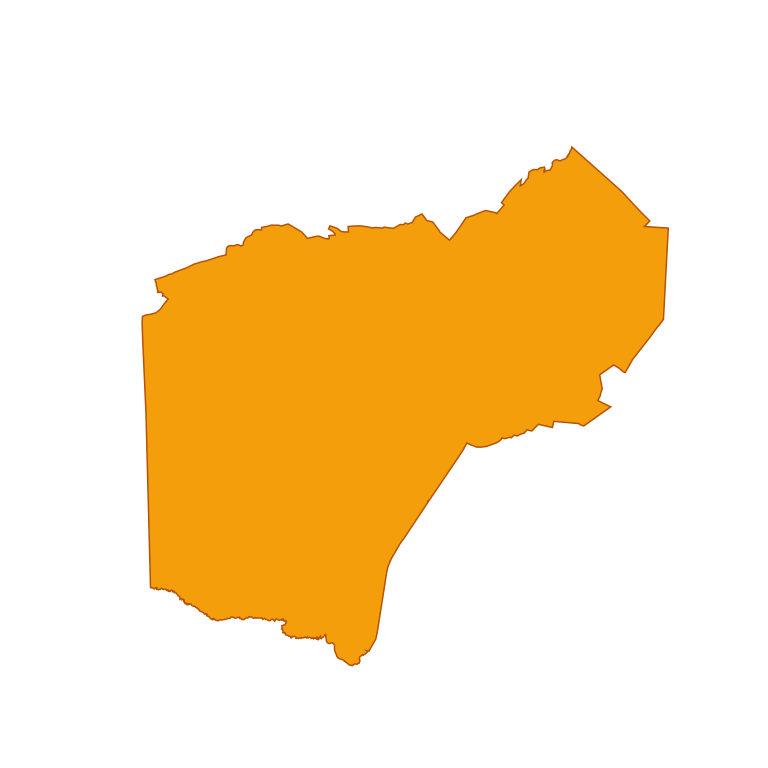 the district of Ādažu pag., Ādaži, Latvia, rotated 196°
{"feature_id": "27541924B55238306547203", "entity_name": "Ādažu pag.", "entity_type": "district", "adm_level": 2, "iso_a3": "LVA", "parent_name": "Latvia", "parent_adm1": "Ādaži", "projection": "albers", "projection_center": [24.403, 57.108], "detail": "fine", "context": "isolated", "style": "filled", "palette": "amber", "viewbox_px": 768, "rotation_deg": 196, "n_neighbors": 0, "source": "geoboundaries", "source_scale": "gbopen_adm2", "svg_char_len": 6147}
<svg xmlns="http://www.w3.org/2000/svg" viewBox="0 0 768 768"><g transform="rotate(196 384 384)"><path d="M634.8,382.4L633.6,376.9L628.6,361.3L605.2,291.7L552.3,123.9L550.5,124.3L548.3,123.7L547.8,124.0L547.8,124.9L546.6,125.7L545.9,125.3L546.1,124.4L545.9,123.9L545.1,124.2L544.1,124.0L543.5,124.7L542.4,125.0L541.8,126.1L541.0,126.2L540.5,125.7L539.9,126.0L538.8,125.8L537.8,126.5L535.6,125.6L535.4,125.7L535.4,126.5L534.8,126.6L534.2,126.3L534.0,125.4L533.4,125.8L533.0,125.4L532.1,126.1L531.7,127.3L530.5,127.3L530.1,126.9L530.1,126.1L528.5,126.9L528.1,126.5L528.4,125.9L528.2,125.6L526.4,125.9L525.4,125.1L524.3,124.6L523.7,123.7L522.1,123.6L520.9,121.9L521.1,120.9L520.8,120.6L520.4,121.3L519.6,121.8L519.0,121.6L518.7,120.9L518.0,121.8L517.5,121.8L517.1,120.9L516.7,121.2L516.4,121.0L516.2,120.5L516.5,119.8L515.9,119.5L515.7,119.0L514.7,119.1L514.6,118.8L514.8,118.4L514.6,118.0L513.8,118.3L513.0,117.8L512.9,118.5L512.6,118.8L511.6,117.8L511.4,118.6L511.1,118.9L510.0,118.7L509.6,119.3L509.0,119.3L507.7,118.1L505.4,117.8L504.4,118.1L503.4,117.4L502.5,117.6L501.7,116.7L501.1,117.0L500.5,116.8L500.0,115.9L499.0,115.6L498.4,114.9L494.7,114.6L493.2,113.3L492.5,113.4L491.9,114.2L491.3,114.3L490.6,113.7L490.6,113.3L490.8,112.9L490.6,112.4L487.8,112.0L486.3,110.8L483.6,110.1L483.5,110.3L483.9,111.1L483.3,111.6L482.8,111.1L481.8,111.3L481.2,110.7L480.0,110.5L477.9,110.8L477.2,111.9L474.1,112.7L473.1,113.5L471.6,114.0L469.5,115.6L467.9,115.9L467.4,116.4L467.0,117.5L465.5,118.3L462.5,117.8L461.6,118.5L460.9,118.6L460.4,119.4L459.2,119.4L458.6,120.0L458.2,119.7L458.0,118.9L456.9,119.0L455.7,118.4L455.2,118.9L454.2,118.6L453.4,119.3L452.4,121.0L450.3,121.6L449.9,123.0L448.7,122.9L448.3,123.6L447.0,123.6L445.1,122.7L444.4,123.1L443.7,124.0L442.4,123.5L441.7,124.2L440.4,124.3L439.8,124.8L438.5,124.8L437.0,125.4L436.4,125.3L435.9,124.4L435.4,124.4L434.7,125.5L434.3,125.7L432.9,125.2L431.9,125.4L429.8,124.7L428.1,125.2L427.5,126.5L426.1,127.3L423.8,125.8L423.5,126.1L423.5,127.6L423.0,128.4L422.4,128.6L420.7,128.0L419.0,128.2L418.6,128.9L416.8,128.8L416.6,129.0L417.0,129.9L416.4,130.5L415.7,130.0L415.3,129.0L414.8,128.6L414.1,128.6L413.4,129.6L412.2,128.8L412.2,128.4L412.6,127.6L412.4,126.9L412.8,126.1L412.9,125.0L414.4,124.6L414.7,123.8L415.6,123.3L414.9,121.8L415.0,120.3L414.0,120.4L413.5,119.4L412.7,118.6L412.6,118.2L412.9,117.5L412.8,117.0L412.2,116.9L410.9,117.7L410.1,117.1L410.0,116.1L409.6,115.8L407.3,115.9L406.2,115.4L404.1,115.7L403.6,115.2L403.6,114.3L403.3,114.2L403.1,114.7L402.6,114.9L402.3,115.9L400.9,116.6L399.6,116.7L398.4,116.1L398.7,115.5L398.6,115.2L397.7,115.4L397.2,115.9L396.1,115.8L395.5,116.8L393.8,116.5L393.5,117.5L392.6,117.4L390.9,118.1L390.7,118.8L390.3,119.0L390.1,118.6L388.8,119.1L388.1,118.5L387.2,119.1L387.4,119.7L386.5,119.4L385.6,120.0L384.5,120.0L384.0,119.2L382.9,120.1L381.8,119.7L381.9,120.3L381.7,120.7L380.6,120.3L380.1,120.4L380.2,120.7L379.2,121.0L379.0,121.9L378.8,122.1L377.7,121.9L378.4,120.7L378.2,120.1L376.9,120.4L376.5,120.2L376.3,120.6L376.7,122.0L375.9,123.3L375.7,124.2L375.3,123.8L375.2,122.4L374.2,121.8L372.0,125.2L371.4,127.0L371.0,127.2L370.7,125.6L370.0,124.5L368.4,120.8L367.5,119.9L366.0,119.4L365.0,119.4L362.8,120.9L360.5,120.3L359.4,118.7L358.7,115.9L357.8,114.0L354.1,109.1L353.0,108.2L350.9,107.6L347.4,107.5L346.1,107.1L345.7,106.5L345.1,106.6L340.1,104.5L337.1,104.4L337.1,104.9L336.1,105.3L335.4,106.6L333.6,107.2L332.5,107.1L331.8,108.6L331.0,108.8L330.8,111.2L331.7,112.5L332.0,113.9L332.0,115.2L330.0,117.8L329.0,117.5L328.7,118.3L327.6,119.3L326.1,121.9L327.7,122.9L324.9,122.9L321.6,136.6L321.9,142.3L329.5,203.6L329.8,208.4L329.6,211.7L328.8,218.1L324.7,234.3L323.4,238.3L322.8,239.5L321.5,243.5L309.0,283.0L309.6,283.0L309.3,284.1L308.7,283.9L291.6,336.4L289.5,343.5L288.1,350.2L285.7,349.6L277.5,348.9L273.0,350.2L268.5,352.1L259.1,358.9L256.3,362.6L255.8,363.7L256.0,364.5L252.6,364.8L248.6,367.4L246.8,367.4L244.7,370.9L241.7,370.7L239.0,373.3L235.6,375.5L234.0,379.3L228.9,379.6L224.5,387.8L210.1,388.6L210.5,394.9L185.5,399.7L184.5,399.0L180.7,398.7L180.3,398.9L159.8,424.5L173.9,427.0L172.9,432.3L173.2,435.2L172.9,439.5L179.2,452.3L168.5,465.6L162.2,463.9L157.5,461.7L155.3,461.5L151.8,476.0L141.4,501.9L137.0,513.9L135.4,517.1L133.2,523.2L153.7,612.2L177.1,607.2L173.4,613.9L187.3,621.7L208.7,634.7L268.8,663.6L268.6,660.8L269.3,659.5L269.2,658.4L269.4,658.3L269.4,656.9L269.7,656.4L269.8,655.0L270.0,654.7L270.1,655.0L270.5,654.3L270.0,653.8L270.7,653.1L270.8,652.0L271.4,651.1L272.1,650.2L275.2,648.1L275.9,647.0L280.0,647.2L281.3,646.4L282.2,645.3L283.3,643.1L282.3,640.5L283.3,635.4L284.8,634.9L287.3,633.2L288.4,631.7L289.2,633.2L288.3,634.4L289.5,636.7L293.5,634.8L295.5,632.4L299.9,631.2L303.0,627.7L302.5,623.2L302.1,622.1L303.3,619.9L304.7,615.2L307.6,612.1L308.4,618.2L312.5,611.0L316.2,603.8L321.1,590.7L317.9,589.2L322.7,578.8L323.6,579.4L334.2,578.8L341.9,573.0L344.1,571.0L351.0,566.4L353.8,557.6L356.7,549.2L360.7,540.3L371.9,545.3L373.1,546.5L381.8,553.2L388.0,553.0L394.3,557.9L399.9,553.0L401.4,547.1L405.2,544.3L407.9,544.6L409.2,542.5L412.4,541.8L417.9,536.2L427.2,534.8L428.5,533.4L435.1,532.2L438.7,530.7L442.5,530.6L449.8,529.6L455.3,528.0L461.9,525.5L460.1,520.4L463.4,519.4L467.2,518.8L471.9,520.7L479.5,521.1L480.1,517.8L475.5,516.6L472.7,515.0L472.2,514.5L472.0,513.8L477.9,511.4L476.8,509.1L476.7,508.5L480.0,507.6L487.2,508.2L490.0,507.2L497.9,502.8L498.8,503.6L505.1,507.5L520.3,511.4L526.6,507.4L528.5,507.7L536.2,505.6L539.8,503.3L544.8,500.8L544.2,498.4L548.8,497.3L550.3,496.5L551.3,495.2L552.0,493.4L552.3,490.9L556.9,486.6L558.2,481.3L557.7,478.9L559.6,477.2L562.3,477.7L564.3,477.2L566.0,475.6L568.7,475.0L571.5,473.9L572.8,471.2L571.6,465.4L571.3,464.7L578.4,460.6L589.3,453.1L592.1,451.7L599.6,446.9L606.0,441.1L615.5,434.2L619.1,430.7L620.5,430.4L621.3,429.8L622.6,428.2L632.9,421.2L632.0,419.6L630.9,418.5L630.0,415.9L628.9,414.5L628.3,413.0L627.0,411.3L626.8,410.6L627.1,410.1L626.7,409.6L624.3,410.8L621.3,410.1L621.1,407.5L620.1,408.1L614.8,406.2L617.5,400.4L618.7,396.6L619.8,394.0L622.8,389.6L627.2,386.9L632.2,384.5L634.8,382.4Z" fill="#f59e0b" stroke="#b45309" stroke-width="1.5"/></g></svg>